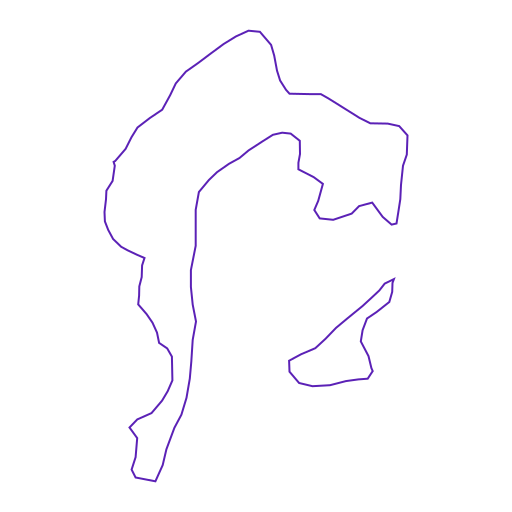 Lankaran District, Lankaran, Azerbaijan (Equal Earth projection)
{"feature_id": "54616110B17009633679109", "entity_name": "Lankaran District", "entity_type": "district", "adm_level": 2, "iso_a3": "AZE", "parent_name": "Azerbaijan", "parent_adm1": "Lankaran", "projection": "equal_earth", "projection_center": [49.011, 39.075], "detail": "fine", "context": "isolated", "style": "outline", "palette": "violet", "viewbox_px": 512, "rotation_deg": 0, "n_neighbors": 0, "source": "geoboundaries", "source_scale": "gbopen_adm2", "svg_char_len": 1814}
<svg xmlns="http://www.w3.org/2000/svg" viewBox="0 0 512 512"><path d="M113.6,161.9L114.8,165.7L112.6,180.9L106.4,190.7L106.0,199.3L104.5,212.0L104.9,221.4L108.2,229.9L113.1,239.0L121.2,246.8L127.6,250.3L137.1,254.8L144.5,258.0L142.1,265.4L141.7,277.1L139.3,286.4L139.1,295.6L138.2,304.4L146.6,314.1L152.5,322.7L157.0,332.6L159.1,342.9L167.2,348.4L171.9,356.6L172.1,365.5L172.4,380.4L167.7,391.2L162.1,400.6L151.5,413.1L137.3,419.4L129.5,427.5L137.2,438.1L135.6,457.2L131.6,469.6L135.6,477.5L155.4,481.3L162.7,465.1L166.4,449.3L174.4,427.8L181.4,414.7L186.5,397.8L189.8,378.6L191.3,361.7L192.7,339.9L196.0,321.5L192.7,304.6L190.9,287.0L190.9,270.1L195.7,245.8L195.7,220.0L195.7,209.8L198.9,192.0L208.9,180.0L217.1,172.1L229.0,163.8L239.5,158.0L248.6,150.4L262.6,141.3L272.9,134.8L282.2,132.7L290.7,133.6L299.8,140.8L300.0,154.0L298.4,162.8L298.4,169.3L313.8,177.2L322.9,183.9L318.2,200.9L314.3,210.0L319.7,218.4L333.2,219.8L351.7,213.6L359.1,206.1L372.2,202.6L382.7,216.9L391.6,224.6L396.5,223.5L398.2,212.8L400.3,199.2L401.0,184.9L403.0,165.7L406.8,154.6L407.5,135.4L399.2,126.1L387.7,123.6L370.3,123.3L359.5,117.9L343.1,107.6L328.2,98.3L320.8,94.1L309.0,94.1L289.5,93.7L286.0,89.8L280.1,80.5L277.0,70.6L274.2,55.6L271.1,44.9L259.9,31.8L248.5,30.7L236.0,36.4L223.8,43.9L211.3,53.1L198.0,63.1L185.9,71.6L175.8,83.4L170.2,95.1L162.2,109.7L150.0,117.9L137.5,127.5L131.5,137.2L125.6,148.9L115.2,161.0L113.6,161.9ZM393.9,279.1L384.7,283.6L379.3,290.5L371.6,297.7L362.7,305.9L348.0,317.9L336.1,327.8L325.3,339.0L315.3,348.2L301.2,354.2L289.1,360.7L289.5,371.7L299.1,383.0L312.5,386.2L330.0,385.2L345.9,381.1L358.3,379.4L367.7,378.7L372.7,371.1L371.4,368.1L368.5,356.1L360.8,341.4L362.6,330.2L367.0,318.5L376.5,312.1L389.3,302.0L392.2,291.9L392.5,282.9L393.9,279.1Z" fill="none" stroke="#5b21b6" stroke-width="2"/></svg>